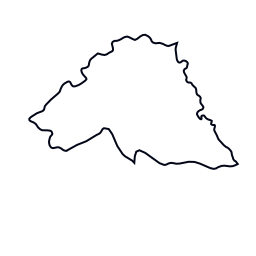 an SVG outline of Sa Kaeo, rotated 62°
{"feature_id": "THA-433", "entity_name": "Sa Kaeo", "entity_type": "Province", "adm_level": 1, "iso_a3": "THA", "parent_name": "Thailand", "parent_adm1": "", "projection": "albers", "projection_center": [102.297, 13.672], "detail": "fine", "context": "isolated", "style": "outline", "palette": "ink", "viewbox_px": 256, "rotation_deg": 62, "n_neighbors": 0, "source": "natural_earth", "source_scale": "10m", "svg_char_len": 3800}
<svg xmlns="http://www.w3.org/2000/svg" viewBox="0 0 256 256"><g transform="rotate(62 128 128)"><path d="M211.3,48.0L211.3,50.1L210.9,53.3L209.8,55.9L206.5,60.6L205.4,63.2L204.9,66.9L205.0,69.3L204.4,71.4L202.1,74.1L193.1,81.3L189.2,85.2L186.3,90.3L183.6,99.2L182.3,102.0L179.5,105.5L178.8,106.9L178.4,108.6L178.2,111.9L177.6,113.4L173.8,116.7L158.0,124.5L153.0,128.4L152.8,131.8L156.1,135.2L161.7,138.8L158.8,139.6L151.4,144.0L148.4,145.0L138.8,145.9L126.0,144.8L119.9,145.5L116.9,149.3L117.1,151.0L118.8,153.8L119.4,155.2L119.5,156.5L119.4,158.4L119.4,158.9L120.1,171.1L119.0,181.0L119.2,192.4L119.4,192.8L119.2,193.2L118.9,193.7L118.6,194.1L117.9,194.9L117.0,195.5L116.6,195.8L115.1,196.4L114.1,197.0L113.3,197.6L112.5,198.3L112.2,198.8L111.7,199.8L110.9,202.7L110.4,203.8L110.1,204.2L109.7,204.6L109.3,204.9L108.8,205.1L108.2,205.2L106.5,205.3L104.8,204.9L103.0,204.2L100.7,202.3L99.8,201.4L99.1,200.6L98.3,198.4L97.9,197.8L97.3,197.4L95.8,197.2L95.0,197.3L94.4,197.5L94.0,197.9L93.3,198.7L92.1,200.5L90.0,204.3L89.7,204.7L89.3,205.1L88.4,205.8L87.5,206.3L85.3,207.1L81.4,207.5L80.4,207.9L78.5,208.9L77.3,210.0L76.0,210.9L75.5,211.2L75.0,211.3L74.3,211.2L73.5,210.8L73.1,209.8L72.7,208.1L72.2,201.4L72.9,195.8L72.9,195.2L72.7,194.4L72.3,193.5L69.7,191.1L68.8,189.1L66.7,182.5L64.7,173.6L63.8,171.1L61.8,169.0L60.0,166.5L59.3,164.9L58.9,163.2L58.8,161.0L58.8,159.8L58.9,158.9L59.2,158.4L59.5,158.0L60.0,157.7L60.5,157.5L62.5,157.6L63.7,157.5L64.3,157.4L65.3,157.0L65.9,156.2L66.4,155.0L66.9,151.3L66.8,148.7L66.3,144.7L65.9,142.9L65.5,141.9L64.9,141.6L64.3,141.5L59.6,142.6L58.2,142.7L56.8,142.6L56.0,142.4L55.3,142.2L54.5,141.6L54.1,141.0L54.0,140.3L54.4,139.2L54.6,138.7L54.8,137.9L55.0,137.0L55.1,135.2L54.9,134.3L54.6,133.7L54.3,133.3L53.1,132.3L52.6,132.0L51.3,130.8L50.2,129.4L49.6,127.8L48.0,119.7L51.0,116.5L52.5,114.5L53.0,112.3L52.7,109.3L52.8,105.8L52.1,104.6L50.4,103.8L46.0,102.7L44.8,101.2L44.7,99.1L45.8,97.0L46.2,94.7L46.3,92.2L46.1,90.3L46.2,88.0L47.0,85.6L49.4,83.6L51.4,82.3L53.5,80.5L53.6,77.9L52.9,74.1L52.9,71.3L53.8,69.0L56.7,67.0L58.7,66.3L60.7,66.1L62.6,66.4L64.4,65.7L66.1,64.0L67.7,60.1L70.1,57.7L72.0,56.4L73.7,55.0L74.7,53.6L75.9,44.7L79.6,48.2L81.2,49.2L89.3,52.3L90.7,52.7L91.8,52.8L92.5,52.8L93.1,52.7L93.6,52.5L94.1,52.2L94.4,51.8L94.6,51.3L94.7,50.6L94.3,48.2L94.4,47.7L94.6,47.1L95.2,46.3L95.7,45.8L96.4,45.3L97.8,44.8L98.6,44.8L99.3,45.0L100.4,46.1L101.6,47.1L102.0,47.4L102.3,47.8L102.5,48.3L102.6,48.9L102.5,49.5L102.6,50.3L102.9,51.0L103.7,51.9L104.5,52.2L105.3,52.4L110.4,52.3L111.3,52.7L111.9,53.2L112.6,53.9L113.2,54.2L113.9,54.2L114.6,54.2L115.1,54.0L115.6,53.8L116.0,53.5L116.4,53.0L116.8,52.1L117.2,51.6L117.6,51.3L118.2,51.0L120.6,50.8L121.2,50.6L124.4,49.5L125.2,49.6L126.2,49.8L128.9,51.0L130.0,51.2L130.8,51.2L131.4,51.1L132.8,50.2L134.3,49.7L135.2,49.7L135.8,49.8L136.3,50.1L136.6,50.5L137.2,51.0L138.0,51.4L139.5,52.0L140.3,52.2L143.9,51.6L144.8,51.6L145.4,51.9L146.0,52.7L146.2,53.0L146.3,53.4L146.4,54.4L146.1,55.8L146.2,57.6L146.4,58.4L146.6,58.9L147.0,59.5L147.6,60.3L148.3,60.6L149.0,60.7L149.7,60.7L152.3,60.5L152.9,60.3L153.5,60.2L154.0,59.9L154.4,59.6L154.6,59.2L154.4,58.8L154.0,58.5L152.8,58.1L152.3,57.9L152.0,57.5L151.9,56.9L152.0,56.3L152.2,55.8L152.5,55.3L152.9,55.0L153.4,54.9L154.0,54.7L154.7,54.7L155.3,54.6L156.4,54.2L156.9,54.0L157.8,53.4L158.2,53.1L159.7,51.6L161.0,50.7L162.2,51.6L162.9,52.4L163.4,52.7L164.0,52.7L164.7,52.2L165.2,51.7L165.5,51.1L165.7,50.5L166.0,50.2L166.6,50.1L167.5,50.6L168.1,51.1L168.9,51.9L169.7,52.5L170.2,52.8L171.3,53.0L175.9,53.0L179.9,53.4L181.3,53.2L188.0,51.5L191.1,50.2L191.5,49.8L191.9,49.4L192.5,49.1L194.1,48.5L196.4,48.0L197.6,47.9L199.0,48.3L200.6,48.9L203.6,49.3L204.4,49.6L205.2,49.6L206.6,49.4L208.2,48.5L211.3,48.0L211.3,48.0Z" fill="none" stroke="#020617" stroke-width="2"/></g></svg>